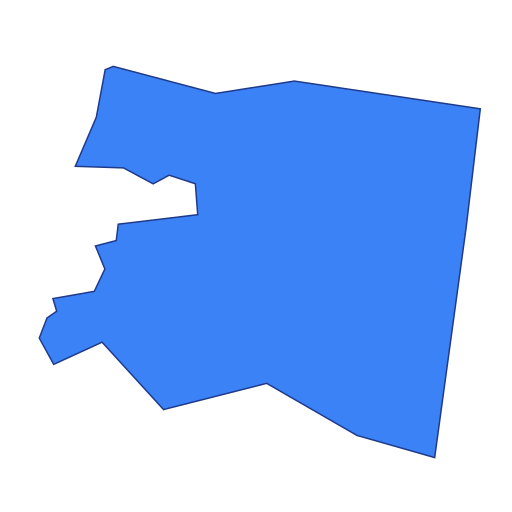 Lafon, Eastern Equatoria, South Sudan (Albers equal-area conic projection), rotated 97°
{"feature_id": "79223893B81439496011559", "entity_name": "Lafon", "entity_type": "district", "adm_level": 2, "iso_a3": "SSD", "parent_name": "South Sudan", "parent_adm1": "Eastern Equatoria", "projection": "albers", "projection_center": [32.675, 5.157], "detail": "fine", "context": "isolated", "style": "filled", "palette": "blue", "viewbox_px": 512, "rotation_deg": 97, "n_neighbors": 0, "source": "geoboundaries", "source_scale": "gbopen_adm2", "svg_char_len": 532}
<svg xmlns="http://www.w3.org/2000/svg" viewBox="0 0 512 512"><g transform="rotate(97 256 256)"><path d="M89.5,428.4L137.7,431.4L189.0,446.3L184.7,398.3L196.9,366.9L186.4,352.1L191.7,325.0L222.1,318.9L241.2,396.6L257.7,396.6L265.6,416.6L287.3,404.4L310.8,412.2L323.0,452.4L335.1,447.1L343.0,455.9L363.9,461.1L388.2,443.6L360.3,398.3L419.8,328.9L419.4,328.4L381.1,229.9L421.8,133.9L434.3,54.1L201.6,50.9L82.6,51.3L78.9,193.7L77.7,239.3L99.6,316.1L85.2,420.8L89.5,428.4Z" fill="#3b82f6" stroke="#1e3a8a" stroke-width="1.5"/></g></svg>